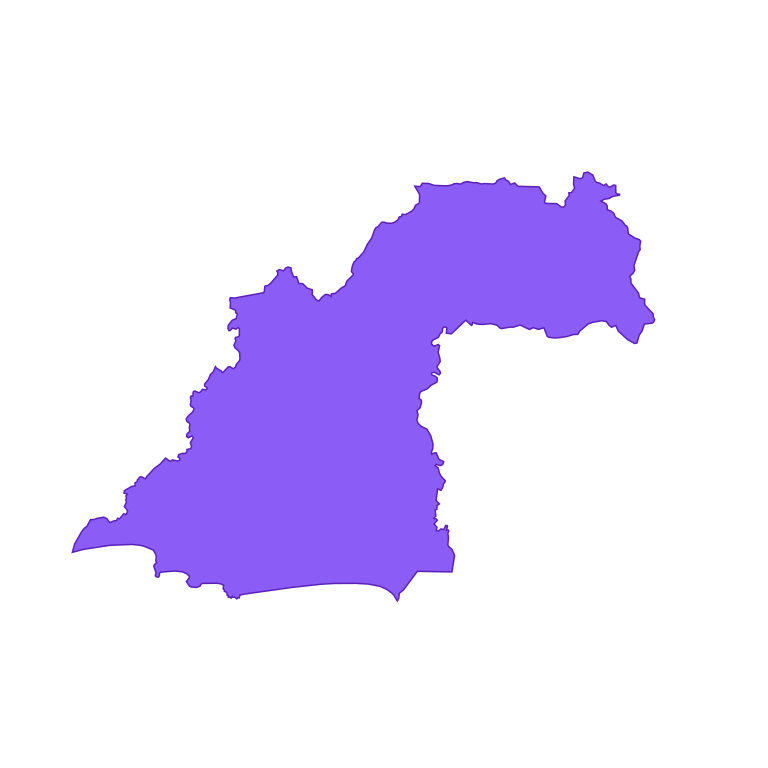 Phu Cat, Bình Định, Vietnam, rotated 112°
{"feature_id": "81297802B92234400822922", "entity_name": "Phu Cat", "entity_type": "district", "adm_level": 2, "iso_a3": "VNM", "parent_name": "Vietnam", "parent_adm1": "Bình Định", "projection": "orthographic", "projection_center": [109.072, 14.062], "detail": "fine", "context": "isolated", "style": "filled", "palette": "violet", "viewbox_px": 768, "rotation_deg": 112, "n_neighbors": 0, "source": "geoboundaries", "source_scale": "gbopen_adm2", "svg_char_len": 6171}
<svg xmlns="http://www.w3.org/2000/svg" viewBox="0 0 768 768"><g transform="rotate(112 384 384)"><path d="M534.5,558.8L542.0,561.5L548.3,565.4L558.3,569.2L561.3,569.7L560.9,573.9L561.5,575.4L565.3,576.7L567.3,576.3L568.7,577.8L571.8,576.7L573.4,579.5L580.2,584.8L582.7,584.1L582.0,581.4L582.5,580.6L584.5,581.4L585.8,580.1L588.2,580.1L589.8,578.6L595.0,578.8L596.6,575.6L598.1,574.1L601.6,574.1L601.7,576.6L608.0,578.7L608.3,580.6L611.0,580.9L611.8,582.8L615.2,586.3L612.7,590.5L612.4,593.8L615.9,599.5L618.3,602.1L619.7,605.3L627.2,606.1L630.2,607.9L634.7,609.1L648.1,610.9L656.8,609.9L649.7,600.4L636.2,577.6L627.1,557.4L624.9,549.9L624.3,545.1L624.4,535.6L627.3,532.1L629.4,530.4L633.5,529.3L634.8,528.0L637.6,529.3L639.1,529.3L644.2,524.8L647.5,524.2L648.0,523.1L647.6,520.8L646.0,520.4L643.3,521.4L641.7,519.8L635.8,508.0L633.7,500.6L633.9,495.4L635.3,492.4L636.6,492.0L641.2,493.2L644.2,488.9L644.5,486.9L642.9,481.7L640.3,478.8L638.1,478.7L636.8,477.4L631.4,464.5L630.4,460.2L630.7,457.3L634.2,456.4L634.7,455.0L636.1,454.3L635.9,452.8L636.7,451.2L638.5,450.4L638.8,449.1L640.1,448.4L639.4,447.2L639.8,445.6L637.7,445.2L638.4,444.1L637.6,442.7L638.3,440.0L637.0,439.3L636.5,438.1L633.8,438.5L631.5,435.4L607.4,393.7L593.4,367.7L587.7,355.7L579.6,336.0L575.3,323.4L573.1,312.0L573.4,304.6L574.8,298.7L576.0,296.0L580.2,290.4L577.4,290.0L572.3,291.4L567.6,288.8L545.2,282.9L532.8,250.6L516.5,254.3L511.9,259.0L510.4,263.3L509.1,264.6L502.2,266.7L498.5,268.9L495.8,268.9L495.3,269.8L496.1,271.3L492.1,271.8L491.6,272.5L492.0,273.8L496.5,274.1L497.1,277.0L499.7,278.3L500.6,279.8L500.5,280.4L496.9,281.3L495.0,285.1L490.3,283.5L489.6,284.8L490.0,287.5L487.0,286.5L481.6,289.4L480.4,288.0L476.8,289.3L474.4,287.7L472.5,292.1L461.1,295.0L461.3,291.4L458.5,290.8L454.1,291.4L452.2,290.7L450.7,291.0L448.2,296.6L445.4,299.6L441.5,302.3L440.6,306.0L438.8,305.0L438.7,301.6L437.9,300.3L436.3,299.4L433.6,299.6L433.3,304.6L428.2,309.9L429.3,311.9L431.3,313.5L429.4,314.5L425.7,314.6L421.4,316.0L414.5,321.2L409.7,327.5L409.4,333.5L407.7,337.6L405.3,339.9L399.5,341.0L396.4,343.5L392.6,341.6L386.9,342.3L385.0,343.4L384.3,346.0L379.3,347.4L377.3,347.1L372.2,342.0L367.5,339.9L362.7,335.8L360.6,335.9L358.5,336.9L357.6,339.2L357.6,342.9L356.7,343.9L355.7,343.8L354.3,341.9L354.9,336.4L353.0,335.7L351.2,336.9L348.5,341.4L342.2,340.3L339.3,341.8L334.3,345.7L327.6,346.8L327.1,348.5L329.7,351.1L329.9,352.9L329.2,354.9L326.6,355.7L324.3,354.6L320.4,351.0L316.6,350.8L313.9,349.5L310.7,350.4L309.4,350.2L308.3,349.2L308.5,346.7L313.5,345.3L312.3,340.4L294.2,332.1L296.9,325.1L296.2,324.4L293.7,324.9L293.6,320.2L291.9,315.0L288.2,307.9L287.1,301.6L288.7,297.3L288.5,295.6L283.9,288.2L282.9,285.4L278.3,279.8L279.0,269.6L275.8,266.6L275.5,261.3L272.0,256.8L278.7,250.4L279.0,248.7L277.5,243.4L275.5,239.0L271.6,232.4L267.2,226.9L265.4,222.9L261.5,222.3L251.9,217.2L248.6,213.6L243.9,206.0L242.8,201.2L245.3,197.2L246.1,194.2L242.9,191.0L247.2,186.6L251.6,174.7L252.6,166.8L251.2,164.8L243.1,165.7L238.0,164.5L230.9,165.1L227.3,158.4L225.6,157.2L223.2,157.1L220.9,159.4L218.1,160.8L212.9,172.0L207.7,174.1L208.3,179.4L204.4,182.0L198.0,192.8L193.9,194.5L192.0,196.5L187.7,194.4L184.4,194.2L180.8,196.6L165.9,197.5L163.6,196.8L160.1,198.6L155.5,199.5L154.5,201.3L154.7,205.9L153.4,213.0L152.4,214.2L147.9,216.6L146.7,218.1L146.5,219.7L143.7,224.3L142.7,232.0L139.7,234.8L138.6,238.4L138.7,242.2L135.0,244.0L133.7,245.8L133.3,251.4L130.1,248.9L127.7,244.8L124.3,242.1L120.8,236.4L119.8,236.7L120.5,239.2L119.7,240.8L113.1,243.5L113.4,245.6L117.0,248.4L117.0,249.8L115.3,253.1L117.7,254.5L117.0,259.4L117.4,262.6L116.8,264.1L112.0,268.7L111.2,274.4L113.4,277.7L118.2,277.2L119.5,278.1L120.3,279.9L120.7,285.5L127.7,283.1L131.1,280.6L136.3,281.9L137.5,284.2L140.0,282.9L146.3,284.7L149.6,283.0L151.7,283.1L153.0,284.2L153.4,285.8L152.1,291.6L155.7,300.8L155.8,302.7L154.9,303.5L149.0,304.3L147.6,308.1L143.1,314.0L150.5,333.8L148.7,338.2L151.6,341.4L149.4,344.5L149.2,347.3L147.8,349.5L150.9,353.6L153.2,355.3L155.9,355.7L157.7,357.6L160.4,365.7L162.1,368.7L162.6,373.6L164.0,376.9L165.1,382.6L167.3,385.8L169.9,387.8L170.8,391.6L172.2,394.2L173.7,395.3L176.6,399.6L181.0,411.8L181.4,417.9L183.6,423.7L187.5,424.4L189.0,429.6L194.8,422.1L202.0,419.3L203.7,419.4L206.3,421.7L210.4,421.9L213.4,423.1L218.8,427.4L219.8,430.8L222.2,430.6L223.3,432.4L226.7,432.6L230.2,434.9L232.1,437.1L233.6,441.2L234.0,445.0L235.1,446.8L240.1,448.4L242.3,450.1L244.7,450.5L253.3,450.1L260.7,451.8L269.0,452.2L276.9,455.0L277.9,456.3L280.2,456.4L282.1,457.6L286.9,457.5L291.4,456.5L292.2,456.1L293.3,453.7L294.6,453.5L302.5,457.0L307.4,456.8L311.5,459.9L318.1,463.0L320.2,466.6L322.7,465.9L322.0,469.3L322.9,471.9L327.2,474.3L331.4,475.3L331.4,478.1L327.9,484.1L323.5,485.8L323.9,491.1L321.4,497.0L322.7,500.5L317.3,505.2L318.6,507.9L314.1,512.1L311.1,513.9L311.6,516.9L313.4,518.7L316.7,519.5L317.2,524.0L319.5,525.7L320.6,524.1L322.9,523.4L333.0,526.8L336.1,528.5L337.9,531.1L343.2,529.6L344.5,529.9L360.3,554.8L361.5,558.8L363.4,558.7L366.2,556.8L371.1,555.1L371.1,550.3L372.0,548.7L373.5,548.2L374.0,546.4L374.7,546.0L378.7,545.6L381.7,548.6L388.1,550.4L391.2,549.4L392.6,547.7L391.9,546.6L388.9,545.4L388.6,541.7L386.2,540.4L387.0,538.8L393.5,536.2L395.2,537.2L396.4,539.1L397.7,539.1L399.4,537.5L404.3,537.7L406.4,535.5L407.6,531.8L409.2,529.5L414.8,526.9L416.6,526.8L420.8,528.2L423.9,528.1L425.9,529.2L426.3,529.8L425.6,533.3L426.5,534.9L433.5,537.6L434.0,538.3L433.0,539.6L432.0,545.3L431.1,546.8L436.9,546.9L440.1,548.5L445.5,548.5L451.3,550.3L453.1,549.5L453.7,546.7L455.0,546.3L456.1,547.2L457.0,550.4L460.1,551.2L461.4,552.4L461.4,556.7L462.1,557.8L464.1,557.7L466.1,556.7L467.1,557.0L467.3,558.3L469.0,558.5L472.0,556.6L475.9,555.8L476.9,554.8L477.6,551.4L478.3,550.8L481.5,550.9L487.4,553.7L490.7,554.3L492.6,552.7L493.2,549.7L494.2,548.8L497.5,548.1L500.7,546.4L504.0,548.0L506.7,547.3L507.2,545.3L504.5,543.0L504.4,541.7L505.2,540.7L510.9,541.6L513.7,539.3L515.4,538.9L516.3,539.0L518.5,542.2L520.4,541.3L522.6,542.1L524.1,545.3L526.5,547.9L528.8,547.8L529.3,545.7L530.8,544.8L532.6,546.3L533.7,551.9L535.9,553.1L534.5,558.8Z" fill="#8b5cf6" stroke="#5b21b6" stroke-width="1.5"/></g></svg>